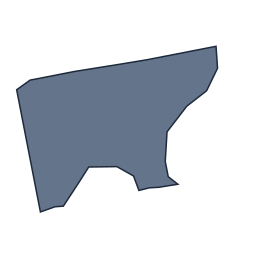 the Municipality of Karpoš, rotated 79°
{"feature_id": "MKD-2935", "entity_name": "Karpoš", "entity_type": "Municipality", "adm_level": 1, "iso_a3": "MKD", "parent_name": "North Macedonia", "parent_adm1": "", "projection": "equal_earth", "projection_center": [21.397, 41.987], "detail": "fine", "context": "isolated", "style": "filled", "palette": "slate", "viewbox_px": 256, "rotation_deg": 79, "n_neighbors": 0, "source": "natural_earth", "source_scale": "10m", "svg_char_len": 510}
<svg xmlns="http://www.w3.org/2000/svg" viewBox="0 0 256 256"><g transform="rotate(79 128 128)"><path d="M69.2,230.0L65.8,222.6L62.3,214.9L62.3,169.7L63.5,133.8L64.6,97.3L64.6,43.1L64.6,26.0L86.4,28.7L106.4,43.7L117.8,66.1L139.2,90.4L167.9,97.8L183.5,97.8L192.7,89.8L192.1,109.0L190.8,118.4L191.4,129.2L176.2,131.7L163.8,146.3L158.8,174.0L172.5,187.0L192.4,206.4L191.4,214.6L191.4,214.9L193.7,230.0L186.8,230.0L152.3,230.0L113.0,230.0L69.2,230.0Z" fill="#64748b" stroke="#1e293b" stroke-width="1.5"/></g></svg>